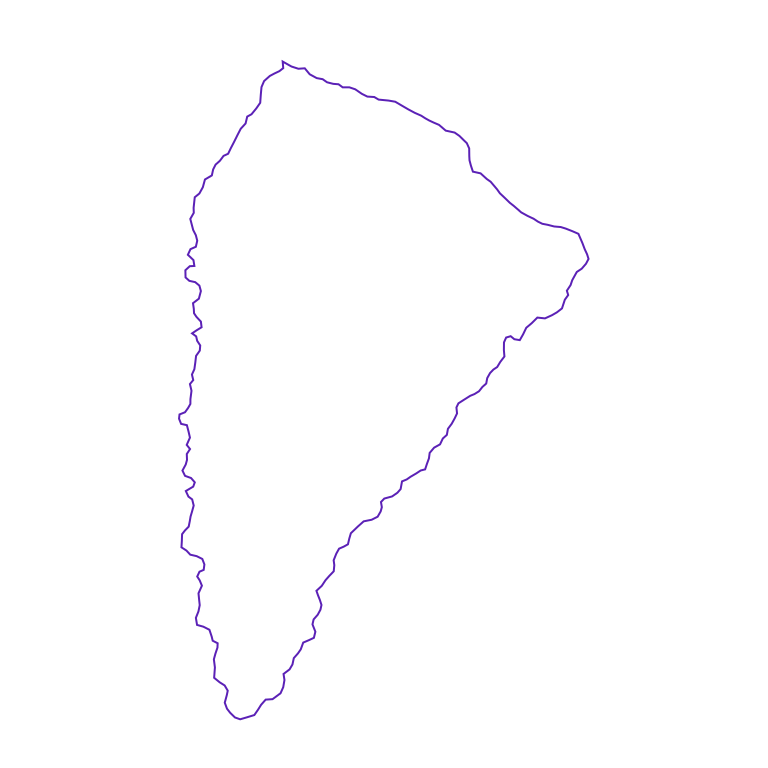 the district of Getulina, São Paulo, Brazil, rotated 267°
{"feature_id": "56859067B55515932060106", "entity_name": "Getulina", "entity_type": "district", "adm_level": 2, "iso_a3": "BRA", "parent_name": "Brazil", "parent_adm1": "São Paulo", "projection": "mercator", "projection_center": [-50.049, -21.812], "detail": "fine", "context": "isolated", "style": "outline", "palette": "violet", "viewbox_px": 768, "rotation_deg": 267, "n_neighbors": 0, "source": "geoboundaries", "source_scale": "gbopen_adm2", "svg_char_len": 3721}
<svg xmlns="http://www.w3.org/2000/svg" viewBox="0 0 768 768"><g transform="rotate(267 384 384)"><path d="M99.5,199.0L94.7,204.3L91.3,209.1L85.9,211.9L81.4,210.7L74.1,208.3L68.0,210.2L63.8,213.1L58.8,217.7L56.7,222.8L58.3,229.6L60.2,237.2L65.4,241.2L70.1,244.5L75.0,249.3L75.1,256.2L80.6,264.5L86.5,267.5L93.6,269.1L99.7,268.5L104.0,274.8L108.7,277.9L115.0,279.6L119.5,284.0L123.4,287.0L130.0,289.8L132.2,295.8L134.2,300.7L140.2,302.5L147.7,300.0L152.6,301.4L157.0,305.7L161.9,308.7L166.6,310.0L171.6,308.7L176.6,307.0L181.0,305.7L185.7,311.3L191.1,315.3L195.1,319.2L199.6,324.0L205.7,324.9L210.6,324.5L217.1,327.5L221.9,330.5L223.7,335.3L225.8,339.6L231.3,341.2L236.7,343.1L243.1,350.5L247.9,356.5L249.1,364.6L251.8,370.7L256.9,374.0L261.1,375.4L266.3,374.8L269.6,378.3L271.3,386.2L274.7,391.7L278.2,395.1L285.8,396.9L287.5,401.7L290.0,405.7L293.0,411.5L295.7,416.1L296.6,420.6L302.0,422.7L307.4,425.0L312.8,426.0L317.8,430.7L320.8,436.8L326.5,439.9L329.9,444.1L335.9,445.5L340.7,449.5L346.0,452.8L350.8,455.4L356.8,455.1L360.8,457.3L364.0,462.9L367.7,469.5L369.2,473.8L371.8,478.5L376.0,482.2L379.1,486.1L384.5,487.4L389.4,490.5L392.7,494.0L395.0,497.9L400.0,501.3L405.2,505.7L411.7,505.5L419.3,506.0L424.0,508.4L425.1,513.0L421.9,516.5L420.7,521.9L426.3,525.5L432.7,529.0L437.1,534.8L442.3,540.6L441.1,548.2L443.9,555.3L446.5,560.4L450.2,565.7L458.7,569.0L463.2,572.6L467.6,571.5L473.0,575.5L477.8,577.4L481.5,579.7L485.8,582.4L488.8,587.5L493.5,592.0L498.2,594.8L502.9,593.6L508.1,591.5L514.4,589.5L523.8,586.0L526.7,580.2L529.7,573.6L531.5,568.7L532.4,562.2L534.4,555.8L535.7,550.5L538.1,546.2L541.1,542.2L544.4,536.1L548.2,530.0L554.9,523.1L558.4,519.1L563.8,514.1L568.4,509.7L572.5,507.1L580.4,501.1L583.4,497.3L589.3,491.5L591.4,483.9L597.6,482.2L602.9,481.1L607.2,481.1L614.8,481.4L620.2,479.3L623.4,476.3L627.8,472.3L631.4,467.7L633.8,458.9L639.9,452.5L642.5,447.2L644.8,442.9L647.2,439.1L650.0,435.2L653.2,428.9L657.0,422.6L660.8,416.8L665.3,410.0L666.8,403.4L668.3,393.5L671.1,389.3L671.9,382.4L674.9,377.1L679.8,370.7L682.1,364.9L682.4,358.3L685.7,354.3L686.4,349.0L688.3,342.9L691.6,338.7L693.0,332.8L697.2,326.0L703.4,321.4L703.3,315.0L705.9,308.2L711.3,299.7L704.7,299.9L701.9,295.9L699.8,290.8L697.6,286.1L692.8,280.1L686.9,277.2L679.3,276.1L671.3,275.1L665.9,270.9L660.3,265.8L658.2,261.4L651.4,259.4L646.4,254.3L640.6,250.9L633.7,247.0L627.4,243.3L622.1,240.4L620.2,235.7L615.5,231.8L611.9,227.3L607.2,224.6L601.3,223.0L597.6,215.9L590.0,213.4L583.9,209.6L580.4,204.8L574.3,203.8L569.9,203.1L564.9,203.0L559.0,199.2L554.1,200.2L547.8,201.5L542.4,203.9L536.9,205.0L530.9,203.3L528.8,197.8L523.3,194.9L517.7,200.2L511.8,200.8L511.8,196.2L508.0,191.6L500.8,191.4L497.2,195.0L495.6,200.8L491.9,204.8L486.4,206.0L478.9,203.6L474.7,197.5L469.0,198.0L464.6,198.0L460.9,200.2L455.9,204.4L450.2,204.8L447.5,199.8L444.6,195.0L441.4,198.9L436.9,199.7L432.1,202.5L427.0,201.8L421.9,197.8L415.4,196.7L408.7,195.4L403.5,192.7L397.9,193.7L394.1,190.2L387.3,191.4L379.0,189.9L374.2,189.6L370.3,187.1L366.2,183.8L364.3,178.2L360.1,177.5L354.8,179.3L353.2,185.0L346.9,186.3L340.6,187.4L333.5,183.8L329.2,186.9L324.4,183.4L318.5,183.3L314.0,181.8L308.1,178.2L302.7,180.5L300.2,186.4L295.7,189.9L291.5,188.1L287.5,180.5L281.8,182.8L278.8,186.4L272.6,187.6L266.3,185.5L261.8,183.9L257.3,182.9L251.8,181.5L248.2,177.6L244.6,174.5L237.8,173.9L231.5,173.2L228.0,178.0L223.7,181.6L221.9,187.9L218.8,193.4L213.2,195.2L207.8,194.2L206.2,189.9L201.5,187.4L197.5,189.7L192.1,191.6L184.7,187.8L178.0,188.1L172.8,188.4L166.6,186.8L160.3,183.9L153.2,184.7L151.1,190.9L147.7,196.8L140.8,198.7L136.6,199.5L133.8,204.3L129.5,203.9L123.7,201.6L118.0,199.7L109.8,200.3L99.5,199.0Z" fill="none" stroke="#5b21b6" stroke-width="2"/></g></svg>